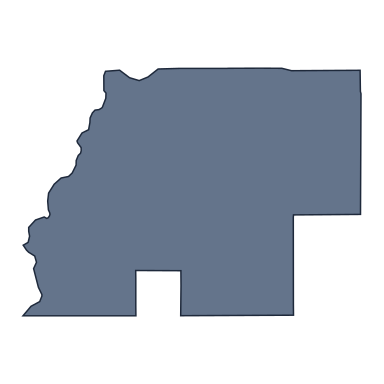 Beauregard, Louisiana, United States of America
{"feature_id": "52423323B21900392582772", "entity_name": "Beauregard", "entity_type": "district", "adm_level": 2, "iso_a3": "USA", "parent_name": "United States of America", "parent_adm1": "Louisiana", "projection": "orthographic", "projection_center": [-93.525, 30.643], "detail": "fine", "context": "isolated", "style": "filled", "palette": "slate", "viewbox_px": 384, "rotation_deg": 0, "n_neighbors": 0, "source": "geoboundaries", "source_scale": "gbopen_adm2", "svg_char_len": 1026}
<svg xmlns="http://www.w3.org/2000/svg" viewBox="0 0 384 384"><path d="M360.1,70.3L291.5,70.7L281.9,68.3L260.0,68.2L228.6,68.3L226.8,68.4L179.7,68.4L158.1,69.0L148.0,77.0L139.2,80.6L129.5,77.7L119.6,70.2L105.5,71.3L103.8,75.7L103.9,90.6L106.0,93.1L105.8,98.3L102.4,107.2L101.7,108.0L99.0,109.6L95.0,110.1L92.4,112.9L90.1,118.0L89.9,122.6L88.6,129.7L82.0,133.0L77.0,141.0L77.6,142.8L81.1,147.6L81.2,150.7L80.5,153.3L78.3,155.4L76.2,160.5L76.1,165.1L72.2,173.0L68.5,176.5L61.1,178.0L54.2,184.2L48.6,193.1L47.7,201.1L48.4,209.9L49.6,212.5L50.0,214.2L49.4,216.1L48.0,217.9L46.7,218.4L45.7,217.8L44.2,217.0L35.5,220.0L28.7,227.4L28.7,231.3L29.6,236.2L28.1,242.4L23.2,245.2L26.5,250.1L28.7,252.3L34.7,256.0L36.5,262.3L33.6,268.6L38.4,287.3L41.9,294.5L41.9,296.1L39.7,301.6L31.0,306.3L23.0,315.8L135.9,315.8L135.8,306.1L135.8,278.2L135.7,270.5L180.9,270.7L181.0,285.8L180.7,315.7L293.5,315.2L293.4,304.6L293.3,217.3L293.5,214.9L360.5,214.4L361.0,93.8L360.4,91.4L360.1,70.3Z" fill="#64748b" stroke="#1e293b" stroke-width="1.5"/></svg>